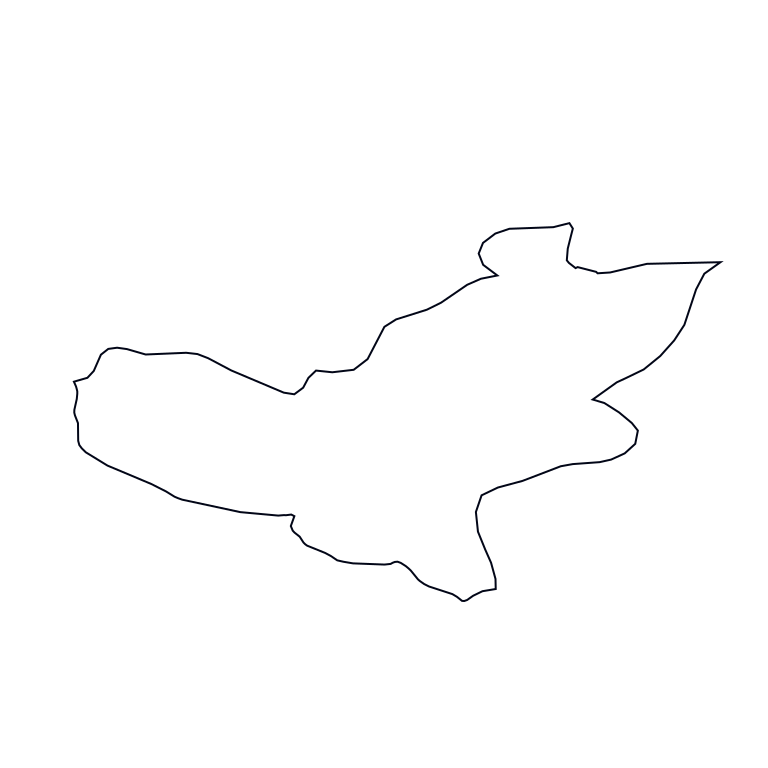 outline of Svay Rieng, rotated 282°
{"feature_id": "KHM-1801", "entity_name": "Svay Rieng", "entity_type": "Province", "adm_level": 1, "iso_a3": "KHM", "parent_name": "Cambodia", "parent_adm1": "", "projection": "robinson", "projection_center": [105.82, 11.175], "detail": "fine", "context": "isolated", "style": "outline", "palette": "ink", "viewbox_px": 768, "rotation_deg": 282, "n_neighbors": 0, "source": "natural_earth", "source_scale": "10m", "svg_char_len": 1759}
<svg xmlns="http://www.w3.org/2000/svg" viewBox="0 0 768 768"><g transform="rotate(282 384 384)"><path d="M321.8,80.2L328.4,92.6L336.4,97.4L353.8,101.0L361.0,107.0L364.0,115.4L364.7,125.3L363.3,144.7L373.4,184.0L374.5,195.3L372.7,206.5L365.5,231.8L354.7,287.8L355.3,298.4L363.6,305.7L374.3,308.8L383.0,314.7L384.7,330.7L384.7,330.9L391.6,351.4L405.0,362.8L440.0,372.5L449.7,382.4L465.6,410.5L475.4,422.9L498.3,444.7L507.1,456.9L513.7,472.3L521.2,456.2L531.3,449.5L542.6,451.5L554.3,461.6L561.9,474.4L572.6,517.0L579.9,531.9L575.3,536.4L568.5,536.1L554.6,535.6L543.0,537.1L540.9,539.7L537.2,547.3L538.6,549.1L537.8,568.2L536.7,569.9L540.1,582.0L556.2,616.2L573.1,687.8L558.5,674.4L541.4,669.6L504.3,665.5L487.0,658.8L468.8,648.4L452.2,635.0L440.0,619.3L434.0,611.3L412.2,591.4L411.2,603.5L405.1,619.8L397.3,634.6L391.2,642.0L377.7,642.2L366.2,633.9L357.3,621.9L352.4,611.2L344.9,585.3L340.3,574.0L318.0,539.6L306.4,516.9L295.4,502.6L277.9,500.5L259.1,506.6L243.9,516.9L243.7,517.0L231.4,525.9L216.5,533.6L206.7,535.9L201.8,523.4L195.4,515.2L190.0,510.2L188.4,507.6L188.1,505.4L191.0,499.6L192.7,494.6L195.3,470.1L196.7,464.8L198.8,459.9L200.0,457.8L207.1,449.0L208.7,446.4L210.4,443.2L212.5,437.6L213.0,434.2L212.2,431.6L210.9,429.6L209.4,427.9L207.5,422.1L202.1,390.9L201.7,381.3L201.8,374.9L204.7,367.8L206.5,361.6L209.9,342.4L210.9,340.2L212.2,338.2L217.1,333.3L220.1,327.3L221.6,325.2L225.7,322.4L236.1,323.8L237.0,320.4L235.3,315.5L234.9,313.2L233.3,307.9L228.8,270.1L228.9,210.7L229.5,206.2L230.2,202.6L233.6,193.1L237.8,177.2L246.7,130.5L255.2,106.5L258.2,101.8L260.9,98.7L264.8,96.7L282.1,92.8L289.1,88.2L291.6,87.0L294.3,86.5L305.5,86.6L310.8,86.0L313.1,85.5L315.4,84.4L317.5,83.3L321.8,80.2Z" fill="none" stroke="#020617" stroke-width="2"/></g></svg>